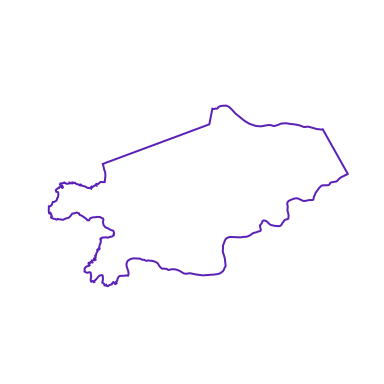 St Helen Estate, Micoud, Saint Lucia (Equal Earth projection), rotated 132°
{"feature_id": "8701671B95563300423658", "entity_name": "St Helen Estate", "entity_type": "district", "adm_level": 2, "iso_a3": "LCA", "parent_name": "Saint Lucia", "parent_adm1": "Micoud", "projection": "equal_earth", "projection_center": [-60.905, 13.787], "detail": "fine", "context": "isolated", "style": "outline", "palette": "violet", "viewbox_px": 384, "rotation_deg": 132, "n_neighbors": 0, "source": "geoboundaries", "source_scale": "gbopen_adm2", "svg_char_len": 6042}
<svg xmlns="http://www.w3.org/2000/svg" viewBox="0 0 384 384"><g transform="rotate(132 192 192)"><path d="M230.8,277.1L231.3,276.2L234.3,272.0L235.2,270.0L238.0,267.1L241.8,264.4L243.1,263.5L245.8,266.7L249.1,267.1L249.4,268.0L250.0,268.5L250.6,268.4L251.2,267.4L251.7,268.4L252.4,268.8L252.8,268.7L253.7,269.2L254.2,269.0L255.4,269.3L255.3,270.3L255.8,270.3L257.0,269.3L257.2,270.0L257.8,271.1L258.6,272.0L258.9,272.6L259.4,275.1L260.6,277.3L261.1,278.6L261.5,278.9L261.4,279.6L261.0,279.7L261.2,280.1L262.1,280.0L262.8,282.3L263.4,283.5L263.6,284.0L263.4,285.1L264.0,285.4L264.1,286.0L264.7,286.9L264.9,286.5L265.7,286.6L266.0,287.0L266.8,288.6L267.0,289.3L267.7,288.8L269.5,290.4L270.0,291.0L270.2,292.8L270.4,293.2L270.8,293.0L272.5,294.4L273.7,295.6L274.7,295.2L274.9,294.1L274.1,292.6L274.9,291.0L275.6,291.0L275.8,291.2L275.5,292.6L276.1,293.2L277.2,293.9L278.2,293.5L278.7,294.0L280.3,294.5L281.7,294.5L282.3,293.5L282.6,293.2L281.8,291.3L283.5,289.4L285.8,288.0L286.8,288.1L287.7,287.5L289.1,287.0L291.5,287.7L292.1,288.2L292.5,288.8L295.4,287.6L297.3,287.7L298.4,288.8L301.7,286.0L303.4,284.1L303.4,283.8L302.8,283.8L302.3,283.6L302.3,282.6L303.0,282.0L303.2,281.1L303.6,280.2L303.9,280.5L305.2,279.7L305.3,279.0L305.0,278.2L304.6,277.3L303.9,276.1L303.1,274.0L301.9,273.8L301.2,272.5L298.9,269.2L297.4,268.6L296.4,268.2L293.4,266.3L292.0,266.2L288.2,266.5L287.3,265.7L284.5,264.0L283.5,261.6L284.1,260.9L284.0,259.8L283.4,258.2L283.0,255.4L282.7,252.4L283.0,250.8L282.0,249.6L279.4,250.0L277.3,248.8L275.0,246.6L273.6,245.5L272.0,243.3L271.8,241.7L271.2,240.3L271.8,239.4L272.7,238.7L273.7,238.3L275.6,235.9L276.2,232.9L275.0,229.3L274.7,227.2L273.5,224.6L273.9,223.6L274.1,223.3L275.0,222.1L275.8,222.1L275.9,221.8L276.2,221.3L276.8,221.3L278.5,221.6L280.5,223.1L282.0,223.8L282.6,224.3L283.0,225.5L283.8,226.1L285.6,227.9L285.9,228.1L286.6,228.5L287.2,228.1L287.9,228.8L288.5,228.5L289.2,227.1L289.8,226.8L290.8,225.9L292.2,225.6L295.5,223.8L295.6,223.0L296.1,222.6L296.5,222.6L296.6,223.6L297.3,223.6L298.7,223.6L298.9,223.2L298.8,222.6L301.6,222.1L303.2,221.0L303.6,221.0L304.0,221.3L304.4,221.3L304.5,220.3L304.9,219.8L305.9,219.7L306.7,220.4L306.9,220.4L307.6,219.6L307.7,219.2L306.8,218.7L306.9,218.3L307.8,218.6L308.2,219.0L308.6,219.7L309.0,219.7L309.5,220.0L310.0,220.7L310.9,220.2L311.1,218.9L311.3,219.0L311.6,220.0L311.9,220.4L312.2,220.3L313.2,220.3L313.4,220.4L313.4,221.2L313.6,221.4L313.9,221.4L314.7,220.8L314.9,219.1L315.6,219.1L316.3,219.5L317.0,220.0L318.5,220.7L319.9,220.7L321.1,220.4L322.0,219.3L323.0,218.7L322.9,217.5L321.8,215.4L320.2,214.6L319.8,213.4L322.2,210.4L324.1,209.4L324.5,208.9L325.6,207.9L326.1,207.1L326.0,206.8L325.1,206.6L324.5,205.9L324.8,204.7L324.2,204.3L323.0,205.1L321.6,204.8L316.2,204.9L314.1,203.4L313.8,202.6L314.0,202.3L316.5,199.7L317.8,198.8L318.3,198.8L319.4,197.9L319.0,196.2L319.8,194.8L319.8,194.3L318.3,193.7L318.9,192.8L318.7,191.9L318.2,191.4L316.6,191.2L314.3,189.8L313.7,190.2L313.1,190.1L312.0,190.3L311.6,190.2L311.4,189.3L311.9,188.1L311.7,187.3L310.2,187.0L309.4,188.3L309.1,188.1L307.7,188.4L307.1,188.9L304.7,189.7L303.5,189.7L302.7,189.5L299.6,186.4L297.7,184.7L297.0,183.5L296.7,183.5L295.1,184.6L293.6,186.2L291.0,190.8L289.7,192.2L288.5,193.0L286.3,193.7L284.0,193.2L282.5,192.6L280.6,191.2L278.9,189.2L276.4,186.2L275.7,183.8L274.4,182.1L274.0,180.6L273.7,179.8L272.1,178.7L270.6,176.5L270.3,176.2L269.1,174.3L268.3,172.0L267.9,169.9L269.1,165.7L269.1,163.1L268.9,162.7L268.1,162.1L266.1,159.3L266.1,158.5L265.7,157.3L264.7,156.6L263.9,156.1L262.3,154.7L261.1,153.2L260.2,151.7L259.8,150.9L259.1,149.0L258.8,148.2L258.4,145.7L258.3,144.7L258.0,143.8L257.6,142.9L256.5,141.5L253.7,139.2L251.0,134.4L248.4,130.7L247.1,128.7L246.5,128.0L242.9,124.5L241.1,122.9L239.9,121.6L238.2,120.0L235.9,118.1L234.4,117.2L233.8,116.8L233.2,116.6L231.6,116.3L230.6,116.1L229.8,116.0L228.9,116.2L226.6,117.0L225.6,117.2L225.0,117.3L224.1,117.9L220.3,122.1L219.6,122.9L219.0,123.8L216.0,128.7L215.5,129.4L215.0,129.9L213.4,131.0L212.5,131.7L211.9,132.4L211.3,132.9L210.4,133.4L207.9,134.3L206.5,135.0L205.6,135.2L204.8,135.4L204.1,135.4L203.2,135.3L201.0,134.4L200.2,133.9L197.7,131.0L196.1,129.0L193.5,125.9L192.1,124.6L191.2,124.0L190.6,123.5L190.2,122.9L188.9,121.7L187.7,120.9L185.1,119.8L182.8,119.4L181.3,118.9L180.5,118.4L179.5,117.6L177.2,116.4L175.9,115.5L175.1,115.2L174.6,115.2L174.0,115.6L173.3,116.6L172.3,118.1L171.6,118.9L171.1,119.2L170.0,119.2L169.4,119.2L168.5,119.3L167.5,119.6L166.5,120.1L165.5,119.9L164.7,119.1L164.1,117.9L163.9,116.6L163.9,115.2L164.0,112.4L163.6,111.1L162.4,108.9L161.8,107.8L160.3,105.9L159.6,104.9L158.7,104.1L157.7,103.6L156.7,103.6L154.6,104.0L152.5,104.2L151.5,104.4L150.4,104.2L149.4,103.7L148.5,103.0L147.5,102.6L146.5,103.2L145.6,103.9L144.7,104.7L143.9,105.6L143.2,106.6L141.8,108.8L140.9,109.5L139.1,110.8L138.3,111.7L137.5,112.7L136.8,113.6L135.8,114.1L134.8,114.2L133.7,114.1L131.7,113.3L128.6,111.7L127.7,111.0L126.8,110.2L126.1,109.2L125.6,108.0L124.8,105.5L124.5,104.1L123.9,103.0L123.1,102.1L122.2,101.4L119.4,99.4L118.6,98.4L117.8,97.5L116.9,96.8L115.9,97.0L114.0,98.2L111.9,98.8L110.9,99.2L109.9,99.5L108.9,99.7L106.8,99.9L103.6,100.2L101.5,100.1L100.4,99.9L99.5,99.2L98.7,98.4L96.3,95.8L95.4,95.1L94.3,94.9L93.3,95.3L92.3,95.2L91.3,94.7L87.8,91.9L86.8,91.5L84.7,91.5L82.6,91.3L81.6,91.1L80.5,90.8L79.6,90.4L78.6,89.9L77.6,89.6L76.6,89.2L75.6,88.6L74.3,88.4L57.9,136.8L58.7,137.3L59.5,138.2L60.1,139.3L60.9,140.2L61.6,141.2L62.2,142.4L63.3,144.7L65.7,149.4L66.5,150.3L67.4,150.9L68.3,151.7L69.0,152.7L69.9,155.2L70.4,156.4L71.0,157.5L72.3,159.7L73.7,161.9L74.4,162.8L75.2,163.8L76.5,165.9L77.9,168.0L78.7,168.9L81.3,171.3L82.2,171.9L83.8,172.6L86.7,174.2L87.7,174.9L88.5,175.7L89.5,178.1L90.3,179.1L91.1,180.0L94.6,182.8L96.5,184.2L97.3,185.0L99.4,187.6L100.7,189.8L102.9,195.0L103.9,200.1L104.2,204.4L104.6,212.2L104.0,218.3L104.0,221.6L104.8,224.2L106.5,226.1L109.0,228.3L110.9,229.1L113.2,229.1L114.3,230.4L115.5,231.0L116.5,232.6L130.1,224.4L230.8,277.1Z" fill="none" stroke="#5b21b6" stroke-width="2"/></g></svg>